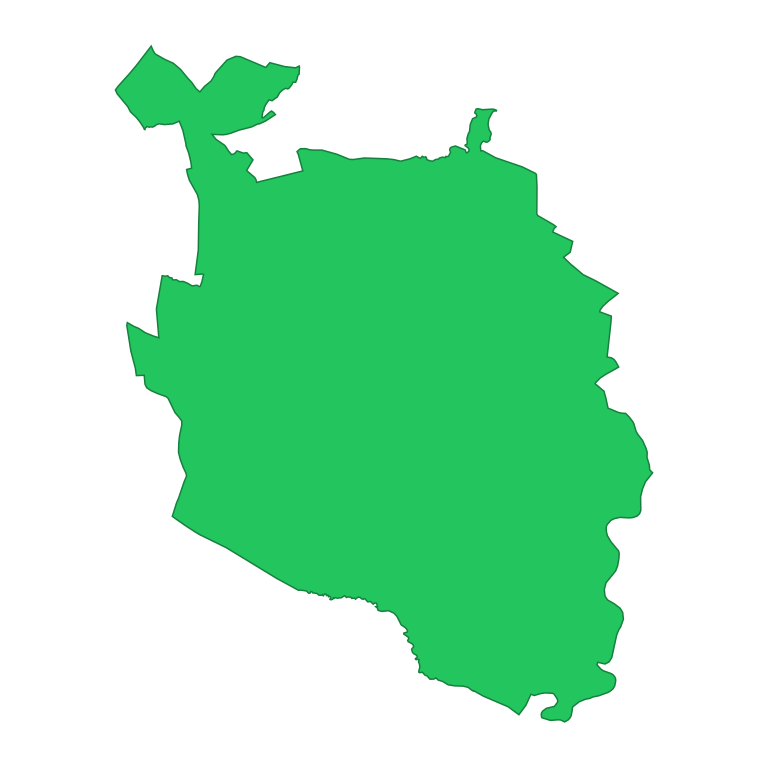 Suseni, Mures, Romania
{"feature_id": "2599482B78357474584044", "entity_name": "Suseni", "entity_type": "district", "adm_level": 2, "iso_a3": "ROU", "parent_name": "Romania", "parent_adm1": "Mures", "projection": "orthographic", "projection_center": [24.705, 46.834], "detail": "fine", "context": "isolated", "style": "filled", "palette": "green", "viewbox_px": 768, "rotation_deg": 0, "n_neighbors": 0, "source": "geoboundaries", "source_scale": "gbopen_adm2", "svg_char_len": 6088}
<svg xmlns="http://www.w3.org/2000/svg" viewBox="0 0 768 768"><path d="M652.6,472.8L649.7,469.8L649.4,465.4L647.0,457.4L647.2,452.3L646.1,448.4L642.5,440.4L638.0,434.6L636.1,431.4L633.8,423.6L632.6,421.4L629.0,416.8L625.6,413.4L621.9,413.2L618.0,412.3L608.0,408.1L605.9,398.1L604.0,391.2L595.2,383.8L595.3,383.0L600.2,378.0L606.0,374.2L618.7,367.1L616.0,362.1L614.1,359.5L611.4,357.8L607.1,357.0L611.0,321.8L611.3,316.1L599.7,311.8L600.0,310.2L603.1,306.0L608.1,301.4L618.2,293.4L595.3,280.6L583.2,274.7L570.7,264.2L563.5,257.3L570.2,252.2L572.7,241.4L552.7,232.0L554.1,228.6L556.1,226.7L553.4,224.6L537.8,215.6L536.8,213.9L537.0,187.1L536.4,174.4L535.1,173.2L522.5,167.0L495.7,157.8L482.7,150.7L480.8,150.8L480.4,145.7L481.6,142.8L483.0,141.4L483.8,141.2L485.9,142.2L487.6,142.0L489.7,140.3L490.1,139.4L490.0,137.4L491.1,134.5L491.1,133.2L490.5,131.6L489.3,130.2L488.3,125.9L488.1,123.9L488.9,118.9L492.5,112.2L494.2,110.9L496.3,111.0L496.5,110.3L494.1,109.3L492.4,109.1L482.7,109.7L477.7,108.7L476.1,109.1L474.7,112.5L474.8,113.0L476.1,113.9L476.8,115.8L476.5,116.8L475.8,117.3L472.6,118.7L470.7,123.3L470.2,124.7L469.5,131.6L468.4,133.4L466.9,138.5L467.2,142.0L467.1,144.0L465.1,145.1L465.2,145.8L468.1,147.8L469.0,149.3L469.0,151.0L467.2,152.7L466.4,152.8L466.0,152.2L465.2,149.9L455.5,146.0L451.7,147.0L450.3,147.9L449.7,149.5L450.5,152.4L448.7,155.9L447.9,156.6L445.9,156.4L445.3,157.6L442.6,157.1L439.6,157.9L438.4,159.1L435.6,159.5L432.7,161.2L430.0,160.8L426.7,159.6L426.6,158.1L425.8,156.8L424.1,157.3L422.2,156.3L420.6,158.2L419.8,158.2L416.4,156.2L409.6,158.9L400.6,161.2L393.9,159.6L386.7,158.8L364.3,158.0L353.5,159.5L349.3,159.3L336.8,154.2L322.0,150.1L313.9,150.1L309.9,149.8L306.0,148.7L301.1,148.7L299.8,149.1L297.0,151.6L298.3,154.4L302.8,170.9L256.6,182.4L256.0,179.7L254.8,177.6L246.6,170.5L253.0,159.9L246.8,152.7L243.3,153.1L237.1,150.9L236.5,151.1L236.0,152.1L234.2,153.8L231.6,154.6L228.5,151.0L225.7,146.6L224.4,145.1L216.0,139.3L212.0,134.4L222.8,134.8L226.2,134.4L230.6,133.3L239.2,130.1L251.4,127.0L258.4,123.7L259.0,124.0L265.4,121.1L275.4,114.6L273.5,112.4L271.5,111.0L270.1,111.9L264.0,117.3L262.6,117.9L262.0,117.6L262.8,111.9L263.9,110.2L264.4,107.4L265.8,104.5L269.0,99.9L272.1,100.7L277.3,97.0L279.7,92.7L282.7,89.9L285.5,88.3L287.6,88.9L288.8,88.5L291.6,85.0L293.0,82.3L295.7,82.2L297.1,78.9L297.3,77.3L298.2,74.8L299.1,74.2L299.5,67.2L299.2,66.0L295.6,67.8L284.8,66.6L269.8,62.7L265.9,67.3L265.4,67.3L240.3,56.7L235.9,56.3L227.1,60.0L216.5,71.7L214.9,73.8L214.0,76.3L211.1,81.0L204.5,86.4L199.9,91.9L196.2,88.8L191.9,82.6L187.9,78.3L180.5,69.4L173.4,63.3L164.6,59.3L155.1,53.9L153.1,50.6L151.2,46.1L136.0,65.9L128.9,74.3L118.3,86.0L115.4,90.0L117.3,94.0L127.8,106.7L130.4,111.8L136.2,117.3L139.6,121.5L143.4,127.2L144.4,129.4L144.9,129.6L145.2,128.3L147.0,126.5L149.3,127.2L150.7,126.8L152.6,127.1L154.8,126.1L155.9,125.0L159.0,123.8L164.4,124.6L172.9,123.9L179.3,121.2L182.9,130.5L185.9,143.8L186.0,145.7L188.8,153.4L190.9,162.3L191.6,168.2L186.6,169.5L187.4,173.8L189.3,180.1L197.3,194.4L198.9,200.3L199.3,205.9L198.7,223.3L198.3,250.1L195.1,274.6L202.7,274.0L203.5,274.5L201.9,281.7L200.2,286.4L199.4,286.6L196.9,285.2L192.1,285.9L187.7,283.3L183.5,281.5L179.2,281.5L176.6,279.8L172.9,279.9L172.3,279.3L172.0,278.0L169.2,277.4L167.8,275.8L165.0,276.2L162.2,275.7L156.4,309.0L158.8,337.7L153.5,336.1L145.2,332.7L138.5,328.3L134.1,326.5L127.3,322.6L126.8,325.5L130.9,351.2L135.3,368.0L136.4,375.6L144.2,375.3L145.0,384.2L146.7,387.7L150.7,390.5L157.7,393.6L166.1,396.6L168.1,398.3L175.0,412.6L178.9,417.1L181.7,420.9L181.8,425.0L179.6,435.3L178.8,442.8L178.5,452.2L180.2,459.2L183.3,467.6L185.8,472.8L186.6,476.0L184.2,481.6L178.7,497.8L176.5,503.0L172.3,516.4L184.9,525.3L195.7,532.3L200.3,535.0L226.1,547.6L277.0,578.6L298.5,590.3L300.8,590.1L306.5,591.0L308.6,593.2L309.9,593.2L310.8,591.6L311.9,591.7L312.7,592.9L317.1,593.5L318.7,595.1L321.1,595.3L322.5,594.6L323.2,595.8L324.8,594.0L325.7,594.0L326.6,595.6L327.8,595.2L328.1,595.3L328.5,596.7L329.4,596.3L330.2,596.7L330.7,597.8L329.9,599.3L330.9,599.8L332.7,599.3L333.6,597.8L334.3,598.3L335.4,597.6L337.4,598.2L341.5,597.7L344.4,595.7L346.6,597.5L347.7,596.9L350.7,597.2L351.7,598.4L354.5,598.1L355.5,599.2L358.0,597.2L360.0,597.3L361.7,598.9L363.4,599.3L364.3,598.6L364.9,598.7L367.6,601.8L370.6,601.6L373.2,604.2L374.9,602.9L376.5,603.2L377.5,606.2L375.7,606.7L377.6,608.2L377.7,609.8L378.8,610.6L381.9,611.4L388.7,610.7L394.0,613.2L396.8,616.2L401.2,624.9L405.1,627.5L406.2,628.5L407.3,630.4L407.5,631.1L407.2,632.1L403.9,633.0L403.7,634.0L408.6,637.5L408.6,638.9L407.7,640.3L408.1,641.6L412.4,644.0L413.3,645.3L413.5,647.1L412.0,648.6L411.6,649.5L412.5,652.4L413.7,653.7L416.3,655.1L417.1,656.2L417.2,657.4L415.5,658.5L415.5,659.3L416.5,659.7L418.2,659.3L419.0,659.8L418.5,662.0L419.3,663.7L419.9,666.8L418.8,671.1L418.9,672.3L419.6,672.7L422.5,672.3L424.8,675.0L427.3,676.1L429.9,679.2L433.8,679.1L435.9,677.9L438.2,680.1L442.6,681.4L448.1,684.8L454.9,685.9L462.8,686.1L468.0,687.3L472.2,690.5L473.4,691.1L473.6,690.7L483.7,696.3L508.2,706.8L518.9,714.7L525.9,705.3L530.9,694.3L534.3,695.5L540.5,693.6L545.5,692.9L552.4,693.3L553.9,693.9L557.0,698.5L557.8,701.3L557.5,702.2L554.4,706.4L546.4,708.3L542.9,710.9L541.7,712.6L541.2,714.4L541.6,717.3L542.1,717.8L550.4,720.4L558.3,719.8L560.7,720.0L564.6,721.9L568.1,720.0L570.0,717.9L571.1,715.9L572.3,709.9L572.4,707.9L572.9,706.7L579.2,701.8L585.2,699.3L589.7,698.4L593.1,696.9L598.7,695.8L608.1,692.4L611.0,690.6L613.0,688.8L614.7,686.0L615.7,681.1L615.6,678.9L614.7,676.7L612.8,674.5L610.5,673.3L603.4,670.8L600.9,669.1L597.0,664.9L597.7,662.3L605.1,664.0L609.1,661.9L611.8,657.5L616.7,634.9L619.0,629.3L620.5,627.3L623.4,619.2L622.7,612.5L620.1,608.2L614.0,603.6L607.5,599.9L605.0,596.1L604.3,589.6L606.0,582.8L615.6,571.0L617.6,565.9L618.9,558.6L619.2,553.4L618.6,551.0L610.9,541.7L607.4,535.7L606.4,531.7L606.2,527.3L607.0,524.8L610.9,520.3L614.5,518.6L619.8,517.4L629.4,517.9L633.0,517.5L636.9,516.2L639.6,513.7L640.8,510.4L640.6,496.8L642.6,488.7L645.5,481.8L652.6,472.8Z" fill="#22c55e" stroke="#15803d" stroke-width="1.5"/></svg>